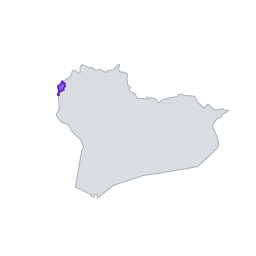 Zakho, Dihok, Iraq shown in context, rotated 311°
{"feature_id": "34846034B3570372403108", "entity_name": "Zakho", "entity_type": "district", "adm_level": 2, "iso_a3": "IRQ", "parent_name": "Iraq", "parent_adm1": "Dihok", "projection": "mercator", "projection_center": [42.817, 37.203], "detail": "fine", "context": "in_parent", "style": "filled", "palette": "violet", "viewbox_px": 256, "rotation_deg": 311, "n_neighbors": 0, "source": "geoboundaries", "source_scale": "gbopen_adm2", "svg_char_len": 4663}
<svg xmlns="http://www.w3.org/2000/svg" viewBox="0 0 256 256"><g transform="rotate(311 128 128)"><path d="M107.0,52.9L108.5,52.5L111.4,50.1L113.1,47.8L113.7,47.6L115.2,48.3L116.3,48.5L118.8,47.7L120.3,48.1L121.6,48.7L122.3,48.8L125.7,50.2L126.5,50.4L128.3,50.5L130.9,50.6L132.5,49.7L133.7,48.8L134.5,48.8L135.4,49.0L136.0,49.4L136.6,50.1L136.9,51.0L136.8,54.1L137.0,54.9L137.5,55.5L138.1,55.6L138.8,54.9L140.0,54.0L141.5,52.9L142.7,51.9L143.3,51.6L144.3,51.6L145.3,51.8L145.9,52.2L145.9,52.4L146.4,53.8L147.8,59.2L148.5,59.9L149.4,60.4L150.0,61.2L150.2,62.0L150.2,63.3L150.2,64.7L150.5,65.8L151.0,66.6L151.5,67.1L152.2,67.1L153.0,67.3L153.6,68.1L155.4,74.2L155.5,75.0L156.3,75.2L157.5,75.1L158.8,75.7L160.1,76.7L161.4,78.5L162.2,78.8L164.9,78.6L168.6,78.9L170.3,79.8L170.1,80.4L168.8,81.0L166.5,81.8L165.8,83.1L165.4,84.8L165.5,85.7L166.0,86.7L167.7,88.8L167.8,89.5L168.1,90.5L168.4,91.2L168.0,92.6L166.5,93.6L164.6,94.6L160.7,99.1L160.4,100.1L160.4,102.8L160.0,103.5L158.8,103.5L157.8,103.4L157.7,104.3L157.1,105.6L156.8,106.7L158.2,109.2L158.5,110.6L158.2,111.8L156.9,113.9L156.1,115.3L156.3,115.7L157.3,116.2L160.6,120.9L161.6,122.5L163.0,122.1L163.5,122.1L163.9,122.4L164.2,122.9L164.2,123.6L163.8,124.7L165.6,125.1L166.2,126.1L168.2,129.7L168.1,130.8L167.2,132.5L167.2,133.6L167.4,134.6L167.7,135.0L170.7,135.1L172.0,135.5L175.1,137.4L178.6,140.2L181.5,142.5L184.0,144.4L186.7,144.3L187.4,144.6L188.0,145.3L188.8,146.9L190.3,150.5L191.6,151.7L193.6,154.6L195.5,157.3L194.2,160.9L193.0,164.8L193.0,169.7L193.0,172.3L195.6,172.4L198.4,172.5L198.4,175.7L198.4,178.8L198.5,182.4L199.3,182.5L200.6,183.3L201.2,184.5L201.9,185.1L202.7,185.2L203.6,185.8L204.4,186.8L204.7,187.6L204.5,188.1L204.7,189.1L205.2,190.4L206.0,191.0L207.1,191.8L205.6,192.3L204.0,191.9L200.5,190.3L199.4,190.3L197.9,190.9L197.9,191.4L194.2,189.7L192.9,189.3L192.5,189.3L190.4,189.3L187.4,189.6L185.7,190.3L184.4,191.1L183.9,191.8L183.7,192.2L182.7,194.4L181.6,197.2L180.5,199.7L178.3,203.3L177.1,204.9L174.5,207.9L171.6,208.5L165.0,207.9L157.8,207.3L150.5,206.6L145.1,206.1L144.7,206.0L139.3,201.6L135.1,198.2L129.8,193.9L124.5,189.5L119.0,185.1L115.0,181.8L110.2,177.7L105.8,173.8L102.3,170.8L97.9,168.2L94.4,166.1L89.4,163.1L85.3,160.7L81.9,158.6L76.5,155.4L74.8,154.5L69.2,153.5L64.0,152.5L58.6,151.6L55.0,151.0L57.3,148.7L56.6,146.6L54.9,147.0L53.3,147.5L52.3,144.3L53.5,143.9L52.4,139.7L51.2,135.4L50.1,131.3L48.9,127.0L53.5,124.2L56.9,122.2L61.7,119.3L66.4,116.5L70.8,113.8L75.6,110.9L79.9,108.3L83.9,107.2L84.8,106.4L86.6,102.8L88.1,99.7L88.2,99.0L88.2,94.6L88.5,89.4L89.0,86.7L89.9,84.2L90.7,82.4L90.8,80.8L90.7,79.1L89.8,76.5L88.9,73.8L89.0,71.2L89.2,69.8L89.8,67.6L90.7,66.0L91.7,64.9L95.5,63.9L97.7,63.3L100.7,60.4L102.5,58.7L105.0,55.9L106.8,53.9L107.0,53.2L107.0,52.9Z" fill="#d9dde1" stroke="#a8b0b8" stroke-width="1"/><path d="M120.3,47.9L120.2,47.8L120.0,47.6L119.7,47.6L119.4,47.6L119.2,47.6L118.8,47.8L118.5,47.8L118.3,47.9L118.0,47.9L117.9,48.0L117.7,48.3L117.4,48.4L117.3,48.5L117.1,48.6L116.9,48.7L116.7,48.7L116.1,48.4L115.8,48.4L115.6,48.3L115.4,48.3L115.2,48.1L114.9,48.1L114.7,47.8L114.6,47.6L114.4,47.5L114.1,47.5L113.9,47.7L113.8,47.8L113.6,47.9L113.3,48.0L113.1,48.1L113.1,48.3L113.2,48.6L113.0,48.8L112.9,48.9L112.7,48.9L112.4,49.0L112.5,49.2L112.5,49.3L112.4,49.4L112.3,49.5L112.2,49.6L112.0,49.8L111.9,49.9L111.8,50.2L111.8,50.3L111.7,50.5L111.3,50.8L111.2,51.0L111.0,51.4L110.9,51.5L110.8,51.9L110.8,52.0L110.7,52.1L110.1,52.1L109.8,52.1L109.7,52.2L109.5,52.4L109.4,52.4L109.2,52.4L108.8,52.4L108.7,52.4L108.5,52.5L108.4,52.6L108.2,52.6L107.9,52.7L107.7,52.8L107.4,52.8L107.3,52.7L107.2,52.7L107.1,52.8L107.0,53.1L107.0,53.3L107.3,53.5L107.3,53.8L107.2,53.9L107.0,54.1L107.2,54.3L107.4,54.4L107.5,54.3L107.7,54.1L107.8,54.1L107.9,53.8L108.1,53.6L108.3,53.5L108.4,53.3L108.4,53.1L108.6,53.1L108.8,53.1L109.1,53.0L109.8,52.9L110.3,52.9L110.7,53.0L111.1,53.0L111.3,53.0L111.7,53.3L112.0,53.6L112.3,53.7L112.6,53.8L112.9,53.9L113.1,54.0L113.3,54.0L113.6,54.0L113.8,54.1L114.2,54.2L114.3,54.2L114.5,54.4L114.7,54.6L114.8,54.4L115.0,54.1L115.1,53.9L114.9,53.7L114.7,53.6L114.8,53.5L115.0,53.5L115.2,53.4L115.3,53.4L115.5,53.4L116.2,53.4L116.4,53.3L116.4,53.2L116.5,53.1L116.8,53.0L117.0,53.0L117.4,52.9L117.6,52.9L117.7,53.0L117.9,53.2L118.1,53.3L118.2,53.2L118.3,53.1L118.5,53.1L118.7,52.9L118.6,52.7L118.8,52.5L118.8,52.3L119.0,52.2L119.1,51.7L119.3,51.5L119.5,51.4L119.8,51.4L120.1,51.2L120.3,51.2L120.3,50.8L120.2,50.6L120.1,50.4L120.1,50.2L119.9,50.0L119.6,50.0L119.4,49.9L119.2,49.9L119.1,49.7L119.2,49.4L119.4,49.4L119.5,49.3L119.6,49.2L119.7,48.8L119.8,48.7L120.1,48.4L120.1,48.2L120.3,47.9Z" fill="#8b5cf6" stroke="#5b21b6" stroke-width="1.5"/></g></svg>